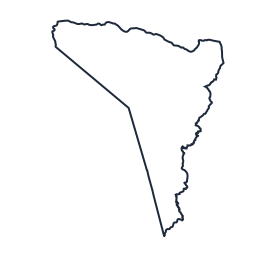 outline of Chasefu, Eastern, Zambia, rotated 277°
{"feature_id": "96606910B72978673218668", "entity_name": "Chasefu", "entity_type": "district", "adm_level": 2, "iso_a3": "ZMB", "parent_name": "Zambia", "parent_adm1": "Eastern", "projection": "albers", "projection_center": [32.897, -11.923], "detail": "fine", "context": "isolated", "style": "outline", "palette": "slate", "viewbox_px": 256, "rotation_deg": 277, "n_neighbors": 0, "source": "geoboundaries", "source_scale": "gbopen_adm2", "svg_char_len": 5858}
<svg xmlns="http://www.w3.org/2000/svg" viewBox="0 0 256 256"><g transform="rotate(277 128 128)"><path d="M25.2,177.2L25.8,177.4L26.1,177.6L27.2,177.3L28.2,177.6L29.7,178.2L30.7,178.1L31.4,178.3L32.1,178.9L32.5,179.5L32.6,180.7L32.9,181.6L33.5,181.9L34.2,182.2L34.7,182.6L35.4,184.2L36.0,184.4L38.5,184.8L39.1,185.0L39.7,185.4L39.9,185.7L40.2,187.5L40.5,187.9L41.7,188.2L42.6,188.2L43.0,188.4L43.4,188.5L43.9,189.7L43.9,190.1L43.6,190.7L43.5,192.1L42.9,193.0L43.4,193.5L43.9,193.7L44.3,193.7L46.1,192.7L46.4,192.8L46.6,193.2L46.9,193.1L47.4,193.1L47.8,192.4L48.5,192.1L48.9,191.5L49.8,191.1L50.1,190.7L50.6,190.5L51.3,189.2L52.0,188.9L52.7,189.2L52.9,188.6L53.3,188.4L54.5,188.8L55.4,187.9L55.5,187.3L55.7,187.1L56.1,187.0L56.4,187.2L56.5,187.2L57.3,185.8L57.5,185.7L58.5,186.2L59.1,187.0L59.5,186.9L59.7,186.6L59.6,185.7L59.7,185.1L60.0,185.1L60.3,185.4L60.4,185.7L60.7,185.7L60.9,185.5L60.8,185.0L61.0,184.7L61.4,184.9L63.0,184.7L64.0,184.8L64.9,184.5L65.2,184.6L65.3,184.7L65.7,184.6L65.9,184.5L65.9,184.1L66.1,184.0L66.6,183.9L66.9,184.3L67.1,184.3L67.7,184.0L67.8,183.7L68.1,184.0L68.4,186.1L68.8,187.3L69.3,187.3L69.8,187.1L70.0,187.2L71.8,190.5L72.4,190.8L72.7,190.7L73.7,190.9L74.5,190.8L74.7,191.4L74.5,192.8L74.8,192.9L75.5,193.0L75.9,193.8L76.1,194.0L76.4,194.1L77.4,193.8L78.4,192.5L79.4,192.0L79.7,191.2L80.4,190.7L80.7,191.0L80.7,191.4L81.2,192.3L82.2,193.1L83.3,192.9L84.5,193.1L85.4,193.0L87.3,193.0L88.1,192.9L90.1,192.3L91.4,191.3L93.0,189.4L93.5,187.8L93.6,187.2L94.4,186.3L95.3,186.3L97.1,187.2L99.4,186.5L100.3,186.9L102.1,186.9L104.5,185.9L104.8,186.0L105.7,185.8L106.7,185.8L107.5,186.2L109.0,186.1L109.4,186.2L109.6,186.9L110.1,186.8L110.2,186.2L110.8,185.6L111.4,185.4L112.0,184.5L112.5,184.1L113.9,183.7L114.8,183.6L115.7,184.0L116.4,184.5L116.0,185.1L115.8,185.2L114.7,184.5L114.8,186.3L115.1,186.4L115.4,186.8L115.3,187.3L114.9,187.4L115.0,187.8L114.7,188.1L114.8,188.5L115.3,188.3L115.7,188.8L116.9,189.1L117.2,189.4L117.5,189.2L118.0,189.2L118.0,189.4L117.9,189.4L117.8,189.5L118.1,190.1L118.2,190.7L118.2,191.7L118.4,192.4L118.8,192.7L119.7,192.9L119.8,193.0L119.8,193.3L119.5,194.0L120.0,194.5L120.9,194.8L121.1,194.7L121.5,195.3L122.4,195.0L123.3,195.3L123.7,195.5L124.0,196.2L124.4,196.4L125.1,196.0L126.1,196.5L126.4,196.5L127.4,197.1L128.2,197.8L128.4,197.8L128.4,198.1L128.7,198.5L128.9,198.5L129.0,198.3L128.9,197.9L129.1,197.6L129.1,197.3L129.1,197.1L129.4,197.0L129.6,196.8L129.9,196.8L129.9,196.4L130.1,196.4L130.1,196.7L130.3,196.5L130.6,196.5L130.6,196.3L130.8,196.2L131.0,196.2L131.4,196.7L131.4,197.0L131.6,197.2L131.4,197.5L131.5,198.0L131.8,198.1L132.2,198.0L132.2,197.8L132.6,197.9L133.0,197.8L133.3,198.6L133.2,199.4L133.3,199.4L133.4,199.6L133.7,199.8L133.7,200.1L133.9,200.5L135.1,200.3L135.6,200.3L136.3,200.0L136.6,199.1L137.5,198.6L137.8,198.2L138.7,196.7L138.7,195.7L138.9,194.9L139.9,195.0L140.8,194.7L141.0,195.1L141.2,195.4L141.5,195.5L141.4,195.8L141.9,196.0L142.0,196.1L142.3,196.3L143.3,196.5L143.9,197.3L144.2,197.1L144.3,197.3L146.7,197.5L146.9,197.7L147.3,198.1L148.0,199.1L148.5,199.5L149.7,200.8L150.2,201.2L150.4,201.2L151.2,201.6L151.6,202.5L151.6,203.0L152.1,203.3L152.6,203.6L153.1,203.6L154.8,204.5L155.5,204.6L157.5,205.8L158.5,205.8L158.9,205.5L159.4,205.5L161.4,206.8L162.5,207.8L163.3,208.2L163.8,208.0L164.9,206.5L165.9,206.0L166.9,205.3L167.1,205.4L167.7,205.2L168.4,205.3L168.9,205.8L170.8,205.8L171.6,205.8L173.9,205.1L174.2,204.8L174.6,204.2L174.8,204.0L174.9,203.8L176.2,203.1L176.4,202.6L176.9,202.1L177.1,202.1L177.6,201.6L177.8,201.1L177.9,200.7L178.3,200.3L178.5,199.6L179.4,201.1L179.8,201.5L180.1,202.7L180.2,203.0L180.7,203.4L180.8,203.7L181.8,204.3L182.0,204.2L182.5,204.6L182.9,204.7L183.1,205.0L183.5,205.1L183.9,205.6L184.1,206.2L184.5,206.5L184.7,206.8L184.9,206.9L185.2,206.9L185.6,207.3L186.2,207.5L186.7,207.6L186.7,208.3L186.9,208.5L186.7,209.0L186.8,209.5L187.3,209.5L188.0,209.6L188.8,209.7L189.6,209.2L191.7,209.1L192.0,209.3L192.1,209.6L193.3,210.6L194.3,210.8L195.4,210.7L197.7,211.5L198.3,211.9L200.7,212.2L201.5,212.6L202.2,213.4L204.2,214.9L209.4,212.9L216.4,211.8L217.3,211.4L219.6,211.1L221.9,210.2L223.8,208.8L224.7,208.5L225.1,201.4L225.5,199.2L225.4,198.1L225.5,197.4L225.0,195.9L224.6,195.5L224.7,193.9L223.9,192.6L223.8,191.9L223.7,190.7L224.1,189.4L223.9,188.2L223.8,187.8L223.5,187.6L222.6,187.6L222.3,187.9L221.0,188.2L219.3,188.0L216.4,186.6L214.2,184.7L213.2,184.3L212.0,182.7L211.5,181.8L211.4,181.4L211.4,180.1L211.6,179.1L213.0,176.6L213.4,174.6L214.5,172.9L214.6,172.6L214.3,171.0L215.7,168.0L215.6,163.3L217.9,161.0L218.7,157.5L220.1,153.8L220.3,153.4L222.2,151.9L222.7,151.0L223.4,149.7L224.0,147.8L224.7,144.9L224.6,143.9L223.9,142.5L223.8,141.8L224.7,139.9L225.2,138.0L224.9,135.6L224.9,134.8L225.3,133.9L226.5,132.7L227.0,131.6L228.2,124.5L228.2,124.0L227.2,119.2L226.9,118.4L226.2,117.6L224.8,116.7L223.6,115.6L223.3,114.9L223.3,114.1L223.3,113.4L223.5,112.4L223.9,111.4L224.6,110.2L225.1,109.3L227.3,106.8L228.3,105.6L229.2,103.9L229.4,103.1L229.9,102.5L230.1,101.6L229.9,100.5L230.3,99.1L230.8,96.2L230.7,95.3L230.1,93.6L229.7,93.2L227.9,92.3L227.7,91.9L227.6,90.6L227.0,89.5L226.8,89.0L227.0,88.6L227.9,87.2L228.1,86.4L228.1,86.0L227.8,85.3L227.0,84.4L226.8,84.1L225.8,80.3L225.7,79.4L225.6,77.7L225.8,76.4L226.2,75.8L226.3,74.9L226.0,73.6L225.5,72.5L225.5,72.0L226.1,69.4L225.2,66.7L225.1,65.3L225.4,63.7L226.1,61.2L226.1,58.6L227.2,55.8L227.2,54.9L226.7,51.9L225.3,46.4L225.0,45.4L224.6,45.2L222.4,45.2L221.4,44.8L220.8,44.1L220.1,42.2L219.5,41.4L218.8,41.4L218.0,41.7L217.6,42.2L217.3,42.9L217.0,43.1L216.4,43.1L216.1,43.1L215.5,42.6L214.7,41.2L214.2,41.1L211.0,42.5L210.6,42.3L209.3,42.5L204.9,45.4L203.8,45.4L202.8,46.0L201.8,46.2L200.1,46.2L199.6,46.5L148.0,126.2L88.4,151.9L88.4,152.1L86.2,153.0L82.7,154.2L69.4,159.7L62.4,162.3L26.4,176.5L25.2,177.1L25.2,177.2Z" fill="none" stroke="#1e293b" stroke-width="2"/></g></svg>